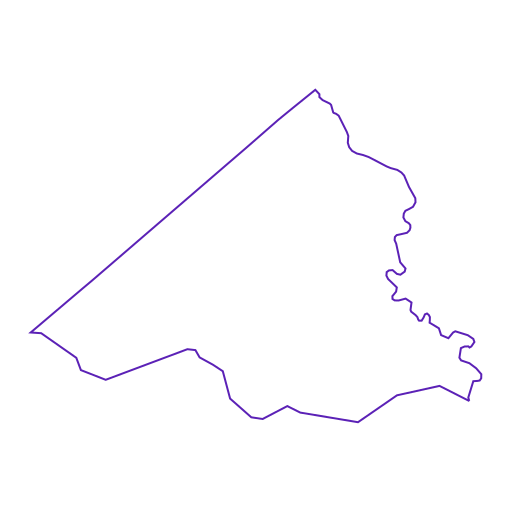 Richmond, Georgia, United States of America (Albers equal-area conic projection)
{"feature_id": "52423323B1751844526398", "entity_name": "Richmond", "entity_type": "district", "adm_level": 2, "iso_a3": "USA", "parent_name": "United States of America", "parent_adm1": "Georgia", "projection": "albers", "projection_center": [-81.966, 33.386], "detail": "fine", "context": "isolated", "style": "outline", "palette": "violet", "viewbox_px": 512, "rotation_deg": 0, "n_neighbors": 0, "source": "geoboundaries", "source_scale": "gbopen_adm2", "svg_char_len": 1666}
<svg xmlns="http://www.w3.org/2000/svg" viewBox="0 0 512 512"><path d="M105.7,379.8L187.4,349.2L195.4,350.1L199.6,357.4L212.9,364.7L222.8,371.2L230.1,398.6L251.3,417.3L262.6,419.0L287.3,406.1L300.3,412.6L358.0,422.2L397.0,395.3L439.5,385.9L469.3,401.0L469.2,400.9L468.3,397.5L473.3,381.2L477.6,380.9L479.7,380.5L481.2,378.3L481.3,374.2L476.2,368.3L469.4,363.2L461.1,360.4L459.4,357.7L460.9,348.1L464.6,346.5L468.4,346.4L469.5,347.5L471.3,346.5L474.4,342.0L473.3,338.9L467.8,335.2L455.3,331.3L453.1,332.5L448.4,338.2L441.1,335.1L438.9,328.3L429.6,322.7L429.8,320.4L429.9,317.1L428.8,315.0L427.0,313.5L424.9,314.4L423.6,317.5L421.6,320.7L419.1,320.7L418.2,319.5L417.4,317.1L415.6,315.1L411.2,311.7L410.5,310.0L411.5,302.5L405.6,298.6L398.6,300.5L394.7,300.4L392.5,299.0L392.4,296.1L394.1,294.1L396.1,291.6L396.8,287.4L388.1,279.0L386.4,275.6L386.7,272.1L389.0,270.4L392.6,270.1L396.9,273.9L400.4,274.7L404.7,271.6L405.5,268.5L400.2,262.3L396.2,243.7L394.6,240.1L394.9,237.0L396.7,235.1L400.5,234.3L407.0,232.8L409.6,230.2L410.4,227.7L410.3,225.1L408.8,223.2L405.4,221.2L403.4,217.5L403.8,213.6L405.4,210.8L409.1,209.0L413.0,206.8L415.5,202.3L415.4,199.9L415.3,198.2L409.0,187.0L404.5,176.4L404.2,175.6L401.4,172.5L397.3,169.9L390.7,168.1L386.6,166.4L378.8,162.3L368.6,157.0L363.0,155.0L356.8,153.5L352.1,150.9L349.2,147.2L347.8,142.8L348.3,136.0L346.9,132.1L338.7,115.7L336.1,113.8L333.7,112.9L333.2,112.4L331.1,104.9L329.8,103.6L329.4,103.4L322.6,100.1L319.4,97.1L319.4,94.2L315.3,89.8L293.0,107.8L278.2,119.9L245.2,148.7L227.5,163.9L92.7,280.0L82.7,288.4L30.7,332.5L41.2,333.2L76.3,357.8L80.9,370.1L105.7,379.8Z" fill="none" stroke="#5b21b6" stroke-width="2"/></svg>